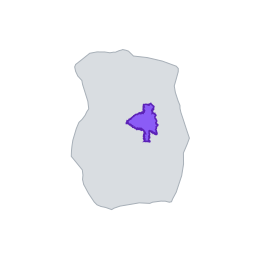 location of Likolobeng, Maseru, Lesotho, rotated 131°
{"feature_id": "5366337B98429078950414", "entity_name": "Likolobeng", "entity_type": "district", "adm_level": 2, "iso_a3": "LSO", "parent_name": "Lesotho", "parent_adm1": "Maseru", "projection": "robinson", "projection_center": [27.995, -29.48], "detail": "fine", "context": "in_parent", "style": "filled", "palette": "violet", "viewbox_px": 256, "rotation_deg": 131, "n_neighbors": 0, "source": "geoboundaries", "source_scale": "gbopen_adm2", "svg_char_len": 6525}
<svg xmlns="http://www.w3.org/2000/svg" viewBox="0 0 256 256"><g transform="rotate(131 128 128)"><path d="M162.4,166.6L156.4,168.6L155.5,168.7L151.7,168.3L146.5,168.7L142.5,169.8L139.3,170.2L134.2,175.8L124.9,190.9L122.4,194.0L121.7,200.0L119.6,204.7L116.9,208.3L114.4,209.2L106.6,207.7L96.7,205.9L90.9,201.3L85.8,195.3L83.1,191.0L80.2,188.6L79.2,187.3L75.2,185.3L73.7,184.2L72.3,183.5L70.7,180.6L69.7,178.1L70.1,171.1L67.2,166.9L62.3,159.8L59.2,154.0L55.0,146.0L52.4,139.2L49.7,132.1L50.1,129.1L52.6,127.0L60.1,123.4L65.9,120.7L70.1,115.6L74.6,108.1L76.9,103.6L79.1,101.6L81.5,98.4L85.7,91.3L90.4,83.5L95.4,75.0L101.8,72.6L110.5,69.8L118.8,62.4L128.8,56.2L144.8,49.5L152.3,47.8L155.1,46.8L156.9,48.1L158.8,51.9L161.6,55.2L167.9,60.8L170.6,62.1L177.1,70.4L184.1,76.1L192.1,82.7L197.6,85.9L200.3,86.8L202.6,92.7L205.0,97.0L206.3,101.0L206.0,105.0L203.4,114.6L199.7,124.4L196.7,128.5L193.1,131.1L189.6,135.0L188.2,142.9L186.6,152.2L181.9,156.0L178.3,158.5L173.4,161.6L162.4,166.6Z" fill="#d9dde1" stroke="#a8b0b8" stroke-width="1"/><path d="M124.1,132.9L123.9,132.6L124.0,132.4L124.5,132.5L124.9,131.9L125.4,132.5L125.7,132.2L124.8,131.2L124.7,130.9L124.5,131.0L124.2,131.3L124.0,131.2L124.3,130.4L124.4,130.0L124.2,129.4L124.6,129.2L124.6,128.8L124.3,128.7L123.8,128.8L123.6,128.6L123.5,128.1L123.6,127.7L124.2,127.4L124.3,127.1L124.2,127.0L123.8,127.1L123.4,126.2L123.5,126.2L123.8,126.5L124.1,126.4L123.8,126.0L123.7,125.6L124.3,125.2L124.4,124.9L124.3,124.7L123.9,124.3L123.8,124.0L123.1,123.8L123.0,123.6L123.0,123.4L123.6,122.8L123.7,122.4L123.5,122.0L123.2,121.9L122.8,121.7L122.7,121.1L122.8,120.8L123.3,120.7L123.4,120.4L123.2,120.2L122.8,120.2L122.4,120.4L122.1,120.6L121.6,120.6L121.6,120.3L122.2,119.5L121.9,118.7L121.5,118.7L121.7,119.1L121.3,119.1L120.8,119.2L120.6,119.1L120.6,118.9L120.9,118.5L120.9,118.3L120.2,118.3L119.7,118.1L119.6,117.9L119.7,117.7L120.9,117.8L121.1,117.6L121.2,117.3L121.1,117.1L120.9,117.0L120.3,117.2L119.7,117.2L119.6,116.9L119.6,116.7L119.9,116.6L120.4,116.6L120.7,116.1L120.4,115.9L120.0,116.0L119.5,115.9L119.6,115.3L119.4,114.9L119.6,114.6L119.7,113.9L120.1,113.8L120.4,113.4L120.2,112.9L120.5,112.9L120.7,112.7L120.2,112.1L120.3,112.0L120.7,112.0L120.8,111.4L121.0,111.7L121.3,111.7L121.6,111.4L121.9,111.3L122.0,111.4L121.9,111.9L122.0,112.0L122.3,111.7L122.7,111.8L122.9,111.7L122.7,111.1L122.9,111.0L123.1,111.2L123.5,111.2L123.8,111.0L123.5,110.5L123.5,110.2L124.1,110.4L124.3,110.4L124.2,109.9L124.5,109.5L124.7,109.0L125.0,109.1L125.0,109.4L125.5,109.5L125.6,109.3L125.3,109.0L125.2,108.5L125.3,108.5L126.0,108.9L126.2,108.3L125.6,108.3L125.4,108.1L125.5,107.9L125.8,108.1L126.1,107.8L126.6,107.7L126.9,107.3L126.6,106.8L126.7,106.6L127.1,106.7L126.9,106.5L126.9,106.4L126.7,106.3L126.8,106.1L126.7,105.9L126.4,105.8L126.0,105.4L125.8,104.8L125.4,104.8L125.1,104.2L124.8,104.0L124.7,103.3L124.6,102.9L124.1,102.5L123.8,102.6L123.5,102.9L123.5,103.5L123.7,104.1L123.5,104.7L122.9,104.8L122.4,105.3L121.8,105.4L121.3,105.2L121.1,105.4L121.2,105.6L120.7,105.6L120.5,105.9L120.7,106.4L120.9,106.4L120.7,106.8L120.2,106.9L120.0,107.1L119.7,107.0L118.8,107.3L118.6,107.5L118.6,107.8L118.3,108.1L118.2,108.5L116.3,110.2L115.8,110.0L115.8,109.8L115.6,109.5L115.8,109.2L115.8,108.7L115.5,108.8L115.5,108.4L115.0,108.3L114.9,108.1L114.9,107.9L115.4,107.9L115.6,107.7L115.2,107.7L114.8,107.5L115.0,107.1L115.5,106.9L115.5,106.7L115.3,106.7L115.2,106.6L115.4,106.5L115.5,106.1L115.0,106.3L114.7,106.1L114.8,106.0L115.1,105.8L115.2,105.7L115.1,105.4L114.8,105.3L114.8,105.0L114.9,104.9L114.9,104.7L114.2,104.7L114.2,104.4L114.6,104.4L114.4,104.4L114.5,104.2L114.3,104.0L114.7,103.9L114.5,103.7L114.6,103.4L114.8,103.3L114.6,103.0L114.7,102.8L114.5,102.6L114.4,102.6L114.3,102.3L114.1,102.1L113.4,102.3L113.2,102.4L113.1,102.7L112.7,103.0L112.8,103.2L112.6,103.6L112.1,103.9L112.0,104.6L111.4,104.9L111.3,105.4L111.1,105.6L111.0,106.2L109.7,106.3L109.5,106.7L108.9,106.9L108.7,107.4L108.5,107.6L106.9,107.2L106.5,107.9L106.1,107.7L106.1,108.1L106.0,108.5L106.0,108.9L106.5,109.2L106.5,109.4L106.0,109.8L106.1,110.2L105.9,110.5L105.5,110.7L105.2,110.5L104.6,110.5L103.9,110.9L103.7,111.2L103.7,111.5L103.4,111.7L103.3,112.5L102.9,112.9L103.1,113.2L103.1,113.7L102.4,114.5L102.2,114.9L101.9,115.2L100.3,115.1L100.0,115.4L100.1,115.7L100.1,116.1L100.1,116.3L100.0,116.5L99.8,116.5L99.8,117.2L99.6,117.4L100.2,117.6L100.1,118.3L100.0,118.7L100.2,119.0L100.7,119.3L101.2,119.4L101.1,119.5L100.8,119.7L100.4,119.7L99.8,120.1L100.0,120.2L99.8,120.2L99.7,120.7L99.3,121.4L99.1,121.2L98.7,121.3L98.3,121.1L98.2,121.4L98.2,121.6L97.9,121.8L98.0,121.9L97.7,122.0L97.5,121.7L97.5,121.4L97.4,121.3L97.4,121.0L97.1,120.9L96.7,121.2L96.5,121.9L96.1,122.1L95.8,122.1L95.1,122.3L94.9,122.4L94.7,122.9L94.9,123.4L94.8,123.6L94.8,124.7L94.7,125.6L94.8,126.2L94.6,126.6L94.5,126.9L95.2,127.0L95.6,127.4L95.9,127.4L96.1,127.6L96.7,127.4L96.8,127.3L96.9,127.6L97.2,127.5L97.3,127.7L96.9,127.8L96.8,128.0L97.2,128.2L97.3,128.5L97.9,129.2L98.2,129.9L99.2,130.8L99.5,130.8L100.3,131.2L100.3,131.5L100.7,131.3L100.7,131.0L100.9,131.0L101.1,130.6L101.4,130.4L101.4,130.2L101.3,129.9L101.5,129.5L101.8,129.7L102.2,129.5L102.4,129.9L102.5,129.7L103.1,129.4L103.3,128.9L103.8,128.9L103.9,128.7L103.7,128.7L103.7,128.4L103.8,127.7L104.5,128.2L104.8,127.8L104.6,127.7L104.4,127.8L104.2,127.0L104.5,127.0L104.6,126.6L105.0,126.5L105.4,126.2L106.0,126.5L106.2,126.9L106.4,126.7L106.6,126.5L106.6,126.8L106.8,126.6L107.0,126.8L107.2,126.6L107.1,126.9L107.4,126.8L107.6,127.2L107.5,127.4L107.7,127.6L108.0,127.6L107.9,127.7L108.1,127.7L107.9,127.9L108.0,127.9L108.1,128.1L108.3,128.1L108.2,128.1L108.4,128.0L108.6,128.1L108.7,128.3L109.0,128.4L108.9,128.6L109.0,128.6L109.0,128.9L109.2,129.0L109.4,128.9L109.5,129.0L109.4,129.1L109.7,129.2L109.6,129.4L109.8,129.4L110.1,129.7L110.6,129.7L110.8,129.6L111.0,129.6L111.3,129.8L111.6,129.8L111.6,130.2L112.2,130.6L112.9,130.8L112.9,131.1L113.0,131.1L114.2,131.4L114.7,131.4L115.0,131.7L115.3,131.6L115.6,131.3L116.2,131.7L116.8,131.9L117.2,131.8L117.7,131.9L118.1,131.8L118.2,132.0L118.5,132.0L119.0,131.9L119.0,132.1L119.4,132.1L119.7,132.2L119.7,132.3L120.0,132.2L120.1,132.3L119.9,132.4L120.2,132.4L120.3,132.6L120.3,132.4L120.5,132.6L120.6,132.4L120.8,132.4L120.9,132.5L121.3,132.6L121.5,132.5L121.8,132.5L122.1,132.6L122.1,132.8L122.4,132.8L122.5,132.7L122.6,132.8L122.7,132.7L122.8,132.9L123.0,132.8L122.8,133.0L123.1,132.9L123.3,132.9L123.5,132.8L123.5,133.0L123.7,132.8L123.8,132.9L124.0,133.0L124.1,132.9Z" fill="#8b5cf6" stroke="#5b21b6" stroke-width="1.5"/></g></svg>